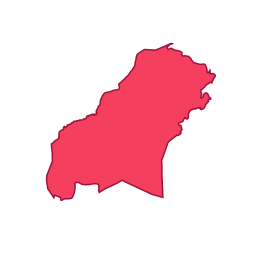 Al Radoum, Southern Darfur, Sudan (Natural Earth projection), rotated 206°
{"feature_id": "16777658B70477888733853", "entity_name": "Al Radoum", "entity_type": "district", "adm_level": 2, "iso_a3": "SDN", "parent_name": "Sudan", "parent_adm1": "Southern Darfur", "projection": "natural_earth1", "projection_center": [24.105, 9.73], "detail": "fine", "context": "isolated", "style": "filled", "palette": "rose", "viewbox_px": 256, "rotation_deg": 206, "n_neighbors": 0, "source": "geoboundaries", "source_scale": "gbopen_adm2", "svg_char_len": 5831}
<svg xmlns="http://www.w3.org/2000/svg" viewBox="0 0 256 256"><g transform="rotate(206 128 128)"><path d="M164.1,32.8L164.5,35.4L160.8,35.9L158.5,35.9L157.8,35.5L157.6,35.0L156.8,33.8L156.5,33.8L156.1,33.9L155.4,34.5L154.8,35.6L154.4,36.2L151.3,37.9L149.2,39.0L148.0,40.1L147.5,41.7L147.9,46.0L148.8,49.5L150.3,53.1L151.6,55.0L150.6,56.5L148.3,57.4L144.8,57.2L141.9,58.1L137.9,60.3L134.1,63.1L130.9,64.4L129.2,63.9L128.0,61.5L127.0,59.1L125.6,57.5L122.4,62.8L118.3,67.8L113.4,73.9L110.6,78.3L81.4,78.8L77.1,78.9L66.2,80.9L72.2,91.9L77.7,102.1L77.9,102.4L78.6,104.1L80.0,107.0L82.5,111.7L83.7,113.8L83.8,115.9L84.9,125.9L85.7,132.8L85.6,133.3L84.2,136.4L83.8,137.0L82.7,139.5L82.2,140.3L81.3,142.1L80.9,142.8L80.4,143.1L79.8,143.3L79.1,144.2L78.7,144.8L78.1,146.2L78.3,146.9L78.6,147.1L79.3,147.3L79.3,147.9L78.9,148.9L78.8,149.6L78.9,150.4L79.1,150.6L79.6,151.3L79.9,151.5L80.5,152.3L81.2,152.9L81.3,153.2L81.8,153.6L82.2,153.4L82.6,153.2L83.3,153.0L83.7,153.0L83.3,153.0L83.7,153.0L84.4,153.6L84.5,154.2L83.9,155.5L83.3,156.0L82.9,156.6L82.1,157.2L81.7,157.8L81.6,158.3L81.6,159.3L81.7,160.1L81.5,161.7L81.5,162.3L81.2,162.4L80.8,162.3L80.2,162.0L79.2,161.8L78.5,162.4L78.3,163.1L78.4,163.6L79.3,166.0L79.8,167.1L80.0,167.7L80.0,168.5L79.8,170.6L79.5,171.6L78.4,172.6L77.8,173.5L77.3,173.9L77.0,174.1L75.9,174.6L75.6,175.1L74.6,176.2L74.2,176.6L73.8,176.9L73.1,177.2L73.8,176.9L74.2,176.6L74.6,176.2L75.6,175.1L75.9,174.6L76.3,174.4L77.0,174.1L77.3,173.9L77.7,173.6L77.8,173.5L78.4,172.6L79.5,171.6L79.7,170.6L80.0,168.5L79.9,167.7L80.0,168.5L79.7,170.6L79.5,171.6L78.4,172.6L77.7,173.6L77.3,173.9L76.9,174.1L75.9,174.5L75.6,175.0L74.2,176.6L73.8,176.9L73.1,177.2L72.9,177.1L72.5,177.2L72.3,177.4L72.0,178.0L71.8,178.1L71.6,177.7L71.6,177.2L71.4,176.8L71.0,176.7L70.4,176.7L69.8,177.0L69.4,177.5L68.6,178.6L68.2,180.1L68.3,181.1L68.3,182.4L68.5,183.5L68.0,184.3L68.0,184.9L67.3,186.8L67.3,187.2L68.2,188.1L68.2,188.4L68.1,189.0L66.7,189.7L66.4,190.5L66.6,190.9L67.6,191.2L68.4,191.2L68.9,191.4L69.4,191.7L69.8,192.4L71.3,193.6L72.3,193.9L73.3,193.8L74.0,193.1L74.4,192.5L74.8,191.1L74.7,190.6L74.2,189.8L74.1,188.8L74.5,188.1L74.9,187.3L75.4,187.1L76.0,187.3L76.1,188.0L76.1,188.7L76.2,189.4L76.7,189.9L76.8,190.7L77.2,191.2L77.4,191.9L77.6,192.0L78.3,192.4L78.7,192.7L79.0,193.1L79.3,193.6L79.2,194.0L78.7,194.4L78.5,194.8L78.3,195.3L78.2,195.8L77.6,197.3L77.1,198.1L77.1,198.6L76.9,199.1L76.8,200.3L76.0,202.0L75.6,202.5L75.2,203.3L74.3,204.5L73.7,205.0L72.8,205.4L72.3,205.4L72.2,205.5L72.4,205.8L72.6,206.0L72.9,206.5L72.9,207.0L72.5,208.2L72.5,208.6L72.8,209.7L72.3,212.4L72.3,212.8L72.8,213.7L73.2,213.8L73.9,214.2L74.8,214.2L75.8,214.0L77.3,212.9L77.9,212.8L78.2,212.9L78.5,213.4L78.5,213.9L78.6,214.4L78.9,214.8L79.7,215.8L79.7,214.5L80.3,212.7L80.8,212.4L81.0,212.4L81.3,212.6L82.2,214.4L82.6,214.9L83.7,216.4L86.1,218.6L86.7,218.8L87.5,218.8L87.9,218.7L88.7,218.3L89.9,217.4L90.7,217.0L92.1,216.5L95.8,215.9L96.9,215.5L97.6,215.6L98.0,215.9L98.7,216.2L99.9,216.5L100.3,216.7L100.7,216.9L101.4,217.6L101.8,217.9L104.1,218.6L104.7,218.9L106.0,218.7L106.9,218.2L107.9,218.1L109.0,217.6L109.5,217.3L109.8,216.9L110.3,216.6L111.1,216.9L111.6,217.2L111.9,217.5L112.0,217.9L112.2,219.0L112.4,219.3L114.5,219.8L115.2,219.7L115.9,219.5L116.2,219.6L117.1,219.4L118.0,219.1L118.9,218.9L120.4,218.4L121.1,218.3L123.1,218.7L123.6,218.6L124.2,218.5L125.0,217.9L125.5,216.8L126.5,216.6L127.1,216.6L128.0,217.2L128.2,217.5L128.2,218.4L127.3,220.4L127.0,221.5L126.7,222.2L125.9,222.3L125.5,222.6L125.2,222.9L125.1,223.2L126.7,222.6L126.9,222.3L130.2,218.3L136.6,210.9L137.2,210.2L138.0,209.8L139.8,209.1L140.4,208.7L145.2,206.8L146.9,206.1L147.4,205.8L147.9,205.4L151.9,198.5L151.9,197.6L151.7,195.9L151.5,194.8L150.6,192.5L150.7,191.8L150.3,190.5L150.2,190.1L149.8,188.9L149.7,188.4L149.5,188.0L149.2,186.4L149.3,185.8L149.3,185.5L149.6,183.6L149.6,183.1L149.5,182.6L150.3,179.9L150.7,177.2L150.8,176.4L150.8,175.7L151.4,174.2L152.2,172.3L152.2,171.9L152.7,170.1L153.1,169.6L154.2,166.5L155.4,163.8L155.4,163.3L154.7,162.1L154.1,161.6L153.6,160.9L153.2,159.4L153.2,159.5L153.2,158.9L153.5,158.5L155.0,157.2L156.3,156.4L156.9,156.0L157.7,155.4L158.1,154.9L158.3,154.4L158.7,154.2L159.8,153.0L163.9,149.7L164.4,148.8L164.7,147.9L164.7,147.1L165.0,146.5L164.9,144.5L165.1,143.1L164.8,142.6L164.8,142.2L165.0,141.4L164.9,140.9L164.7,140.3L164.4,139.1L164.2,138.6L163.9,138.1L163.6,137.8L163.4,137.1L163.5,136.5L163.6,135.8L164.0,134.9L164.3,134.6L163.9,133.6L163.9,131.9L164.0,131.0L163.9,129.6L163.8,129.0L163.5,128.2L163.0,128.0L162.8,128.1L162.7,127.8L162.6,127.5L162.4,127.1L162.4,126.8L162.9,126.2L163.4,126.2L164.1,125.7L163.9,125.2L163.7,124.8L163.8,124.6L164.8,124.6L165.6,125.1L166.0,124.3L166.2,124.1L166.6,124.2L167.1,123.9L167.4,123.2L167.5,122.9L167.7,122.6L168.0,122.5L168.4,122.2L168.6,121.5L169.2,121.7L170.1,120.5L170.2,120.0L169.9,118.7L170.5,117.6L170.9,117.3L171.6,116.8L172.1,116.0L172.1,115.6L172.5,115.3L173.4,114.7L174.9,114.1L175.7,113.0L176.4,112.5L177.3,112.1L177.5,111.9L177.6,111.4L177.8,111.2L178.6,110.8L178.9,110.5L179.4,110.4L179.7,110.1L179.8,109.6L180.2,108.5L181.0,107.7L181.1,106.9L181.3,106.6L181.9,106.1L182.2,105.1L182.4,104.9L182.9,104.8L183.2,104.7L183.7,104.2L183.7,103.8L183.8,103.4L183.7,102.7L184.0,102.0L184.0,101.3L184.1,101.0L184.3,100.8L184.7,101.0L185.5,101.5L185.9,101.5L186.1,101.1L186.1,100.2L185.7,99.2L185.7,98.2L187.0,96.4L187.4,96.0L187.8,94.6L187.9,93.8L187.7,93.0L186.9,91.4L186.5,90.4L186.4,90.0L186.3,89.8L185.8,89.7L185.6,89.5L185.6,89.3L186.0,88.8L186.0,88.1L186.5,86.7L186.5,86.4L186.7,86.1L187.0,85.8L187.4,85.6L187.7,85.2L187.8,84.8L187.8,84.7L188.0,84.2L188.0,83.9L188.5,83.6L188.3,83.0L188.7,82.4L188.8,82.2L189.0,81.1L189.8,80.3L189.0,78.4L185.1,72.4L181.4,65.0L180.1,49.3L178.0,44.8L173.5,38.3L164.1,32.8Z" fill="#f43f5e" stroke="#9f1239" stroke-width="1.5"/></g></svg>